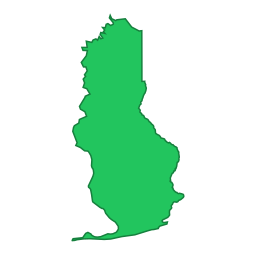 Baldwin, Alabama, United States of America
{"feature_id": "52423323B60515004813393", "entity_name": "Baldwin", "entity_type": "district", "adm_level": 2, "iso_a3": "USA", "parent_name": "United States of America", "parent_adm1": "Alabama", "projection": "natural_earth1", "projection_center": [-87.627, 30.77], "detail": "fine", "context": "isolated", "style": "filled", "palette": "green", "viewbox_px": 256, "rotation_deg": 0, "n_neighbors": 0, "source": "geoboundaries", "source_scale": "gbopen_adm2", "svg_char_len": 3924}
<svg xmlns="http://www.w3.org/2000/svg" viewBox="0 0 256 256"><path d="M144.7,81.3L141.9,81.4L141.9,72.4L141.8,30.7L139.1,31.0L131.7,27.1L125.3,18.8L116.8,19.8L115.7,20.6L111.7,18.7L110.2,15.4L109.4,17.9L113.3,22.8L113.3,24.2L110.7,25.5L107.9,23.6L106.2,24.3L105.3,27.7L102.6,27.5L104.7,30.1L103.4,31.7L104.9,33.4L100.8,32.5L100.2,34.4L102.8,38.1L100.8,38.8L99.2,36.5L97.6,40.2L95.9,38.9L93.1,40.0L91.8,42.4L86.3,41.2L87.2,47.4L81.9,47.4L83.0,50.4L87.4,50.6L86.3,55.8L81.3,62.4L83.5,66.9L85.9,66.9L87.2,70.9L84.5,74.8L85.6,76.3L83.2,79.1L84.6,82.9L83.1,87.4L86.8,88.7L90.0,94.1L85.3,96.2L84.9,97.5L79.5,106.4L80.5,109.2L84.9,111.7L86.6,116.3L79.4,119.5L78.8,123.1L74.4,125.7L73.5,127.6L72.8,131.4L77.1,142.7L75.8,145.5L78.8,146.8L80.4,147.5L84.6,150.8L87.9,151.1L88.8,152.1L90.8,155.5L91.9,159.7L91.5,165.8L92.1,167.8L92.7,168.4L93.3,169.9L93.7,173.0L93.7,173.3L93.1,175.7L92.1,178.1L88.4,186.0L88.6,187.3L89.9,188.3L90.6,189.4L91.6,194.5L92.5,201.0L92.9,202.0L99.9,207.3L101.8,208.4L103.2,208.6L104.6,210.2L105.5,212.8L105.8,213.4L109.3,217.7L111.4,219.5L115.4,222.1L118.3,226.3L118.4,229.1L116.4,232.2L112.9,233.8L110.5,234.1L107.8,233.8L100.7,236.7L97.5,237.1L95.1,236.9L93.9,236.5L91.7,235.2L90.9,234.0L87.9,232.4L85.7,233.4L82.7,237.7L73.1,238.7L72.2,240.3L72.3,240.6L74.7,240.4L77.1,239.7L83.5,238.9L89.6,238.7L104.3,239.4L110.7,239.0L121.7,236.6L134.9,234.8L147.7,230.8L151.6,229.7L153.9,229.5L158.3,228.5L158.3,227.8L159.8,226.1L166.9,224.0L167.4,222.0L163.8,222.6L162.6,222.0L162.0,220.8L162.9,219.7L164.5,219.0L167.3,217.6L167.6,217.5L168.1,217.0L169.4,215.4L169.6,215.0L169.4,212.1L169.5,211.1L169.5,210.7L169.9,210.0L171.1,208.8L171.7,207.9L171.7,207.6L171.3,206.7L171.3,206.3L171.3,205.7L171.9,204.8L172.4,204.4L172.8,203.3L173.0,202.9L173.2,202.6L173.8,202.0L174.4,201.9L175.0,201.8L176.0,202.1L176.7,202.1L177.6,201.8L177.9,201.6L178.4,200.8L178.9,200.3L180.5,199.7L180.8,199.5L181.2,199.2L183.0,197.7L183.5,197.1L183.8,196.4L183.7,195.6L183.5,194.8L183.1,194.3L181.3,193.7L179.5,193.3L178.7,193.6L178.2,193.5L177.4,193.1L176.9,192.4L175.7,192.2L174.0,190.5L173.2,189.4L173.0,188.2L172.9,188.0L172.3,187.7L172.2,187.4L172.6,186.5L173.0,185.2L172.9,184.3L171.7,182.3L171.5,182.1L170.9,182.0L170.6,181.9L170.1,181.3L170.1,181.0L170.2,180.8L170.3,180.6L170.6,180.5L170.6,180.3L170.4,179.2L170.3,177.9L172.2,173.3L172.3,173.2L172.9,173.1L173.5,172.3L173.8,171.1L174.2,170.8L174.3,170.8L174.4,171.0L174.6,171.0L175.0,170.7L175.4,169.8L175.3,169.5L175.0,169.1L175.4,168.5L175.7,168.3L176.0,168.4L176.7,166.2L177.1,162.9L177.4,162.2L178.0,162.0L178.3,161.7L178.6,161.1L179.0,159.8L179.0,159.6L178.8,159.4L178.9,158.1L179.1,157.7L179.2,157.4L179.2,156.6L178.8,153.9L178.6,153.0L178.8,152.5L178.6,151.7L178.1,151.2L177.2,149.2L177.0,148.2L177.0,147.7L176.0,146.9L174.9,146.5L174.0,145.8L173.0,144.7L172.1,144.7L171.5,144.3L171.0,143.9L170.8,143.5L169.8,142.6L169.5,142.4L168.6,142.9L167.0,142.2L166.8,142.0L166.3,141.3L165.6,141.0L164.8,139.7L164.7,139.3L164.5,139.0L163.5,138.6L161.9,138.2L161.7,138.2L160.9,137.9L160.5,137.0L159.4,135.5L157.4,134.5L155.8,133.5L155.4,132.2L155.4,131.1L155.2,129.8L155.1,129.5L154.2,128.5L153.6,127.6L153.7,127.2L153.7,126.2L152.6,124.7L152.4,124.5L152.1,124.5L151.3,123.8L151.2,123.4L150.5,122.6L149.9,122.0L149.2,121.7L148.4,120.2L147.6,119.3L146.5,118.8L145.5,118.4L144.4,117.6L144.2,116.7L143.9,116.0L143.5,115.4L142.7,115.2L141.8,114.7L141.9,114.3L141.6,113.6L140.4,112.5L140.1,112.3L139.9,112.0L140.0,111.2L140.2,110.7L140.1,110.1L139.8,109.5L138.6,108.3L139.5,105.9L139.6,105.4L140.4,104.5L140.8,104.3L141.0,103.9L141.0,103.4L140.7,102.6L140.8,101.9L141.0,101.6L141.8,101.0L142.0,100.5L142.1,99.6L142.5,98.4L142.8,97.9L143.1,96.8L143.2,96.3L144.1,94.3L144.4,93.7L144.8,93.4L145.0,92.9L145.8,90.8L146.3,88.1L146.0,87.1L145.7,86.4L145.5,85.7L145.5,85.4L145.7,84.9L145.6,84.3L145.1,83.4L144.6,81.7L144.7,81.3L144.7,81.3Z" fill="#22c55e" stroke="#15803d" stroke-width="1.5"/></svg>